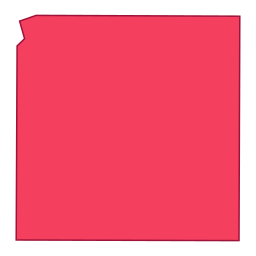 the district of Kalkaska, Michigan, United States of America
{"feature_id": "52423323B14984723177246", "entity_name": "Kalkaska", "entity_type": "district", "adm_level": 2, "iso_a3": "USA", "parent_name": "United States of America", "parent_adm1": "Michigan", "projection": "albers", "projection_center": [-85.144, 44.685], "detail": "fine", "context": "isolated", "style": "filled", "palette": "rose", "viewbox_px": 256, "rotation_deg": 0, "n_neighbors": 0, "source": "geoboundaries", "source_scale": "gbopen_adm2", "svg_char_len": 218}
<svg xmlns="http://www.w3.org/2000/svg" viewBox="0 0 256 256"><path d="M239.0,240.6L239.8,16.2L36.1,15.4L19.6,21.1L24.6,38.7L17.1,45.9L16.2,240.0L239.0,240.6Z" fill="#f43f5e" stroke="#9f1239" stroke-width="1.5"/></svg>